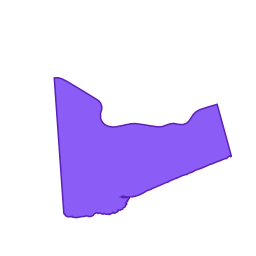 Ulimang, Ngaraard, Palau (Equal Earth projection), rotated 68°
{"feature_id": "81905179B13988178862867", "entity_name": "Ulimang", "entity_type": "district", "adm_level": 2, "iso_a3": "PLW", "parent_name": "Palau", "parent_adm1": "Ngaraard", "projection": "equal_earth", "projection_center": [134.641, 7.614], "detail": "fine", "context": "isolated", "style": "filled", "palette": "violet", "viewbox_px": 256, "rotation_deg": 68, "n_neighbors": 0, "source": "geoboundaries", "source_scale": "gbopen_adm2", "svg_char_len": 3433}
<svg xmlns="http://www.w3.org/2000/svg" viewBox="0 0 256 256"><g transform="rotate(68 128 128)"><path d="M180.0,41.2L139.4,36.5L139.4,36.9L138.3,48.5L137.9,55.2L138.6,59.3L140.0,62.5L141.8,65.0L143.2,67.2L144.2,68.5L145.3,71.0L145.5,73.0L145.5,75.3L144.8,77.2L143.6,79.7L140.8,84.1L140.1,86.4L139.8,89.1L139.5,95.9L139.0,97.6L137.7,100.7L134.8,105.7L130.5,112.7L126.5,119.8L125.1,123.9L124.0,129.9L122.4,138.8L121.4,141.8L120.2,143.8L118.6,146.1L116.7,147.9L114.6,149.0L112.5,149.6L109.4,149.9L107.0,149.1L104.2,148.0L101.1,145.5L98.5,144.3L94.4,144.1L92.0,144.9L89.3,146.7L79.0,154.3L62.2,166.9L57.8,170.7L55.2,174.0L53.9,177.6L183.2,219.5L183.5,219.5L183.7,219.4L183.7,219.1L183.9,218.8L184.1,218.9L184.3,218.8L184.6,218.7L184.9,218.9L185.6,218.9L186.0,218.6L186.3,218.4L186.6,218.2L186.9,217.9L187.2,217.7L187.5,217.4L187.7,217.2L187.9,216.8L188.1,216.4L188.2,216.0L188.3,215.5L188.4,214.9L188.7,214.7L188.9,214.2L189.0,213.2L189.2,213.3L189.5,213.1L189.8,212.8L190.2,212.2L190.6,211.5L191.0,210.7L191.4,210.1L191.8,209.4L191.9,208.9L192.0,208.5L192.0,208.0L192.1,207.8L192.1,207.5L192.1,206.8L192.3,206.6L192.4,205.8L192.6,205.4L192.7,204.8L192.8,204.3L192.9,203.8L193.2,203.2L193.3,202.7L193.5,202.3L193.5,201.9L193.6,201.4L193.7,200.9L193.8,200.4L193.7,199.9L193.8,199.6L194.0,199.2L194.4,198.9L194.5,198.5L194.7,198.1L194.9,198.0L195.3,197.7L195.5,197.2L195.8,196.7L196.0,196.0L196.1,195.0L196.1,194.4L196.0,193.4L195.8,193.0L195.9,192.8L195.7,192.6L195.5,192.2L195.3,192.1L195.1,191.8L195.0,191.3L194.9,190.3L194.9,189.8L194.8,189.5L194.7,188.9L194.9,188.8L195.1,188.3L195.4,188.2L195.7,187.8L195.9,187.8L195.8,187.6L195.9,187.2L196.0,186.3L197.2,185.2L197.7,184.2L198.2,183.7L198.4,183.7L198.4,182.4L198.6,182.4L198.6,181.8L198.9,181.6L199.6,180.9L200.0,180.1L200.2,179.3L200.3,178.6L200.8,178.0L201.0,178.1L201.3,177.6L201.3,177.1L201.1,176.6L201.1,175.8L201.1,175.0L201.0,174.4L200.8,174.0L200.5,173.7L200.9,173.2L201.1,173.3L201.6,173.1L201.8,172.6L202.1,171.9L202.0,171.4L201.9,170.8L201.6,170.5L201.8,169.6L201.7,168.8L201.4,168.4L201.0,168.0L200.4,168.1L200.3,167.6L200.6,167.3L201.3,165.6L201.2,165.0L201.2,164.2L201.0,163.1L200.1,162.2L200.1,160.6L199.9,160.1L199.3,159.9L199.1,159.4L198.7,159.1L198.4,157.9L197.4,157.6L197.4,158.2L196.6,158.1L196.2,157.4L196.1,156.5L195.8,155.8L194.9,155.9L194.6,154.5L194.2,154.4L193.5,152.9L192.7,152.9L192.1,155.0L191.9,155.9L191.3,157.0L190.4,159.4L189.6,159.3L189.3,159.9L189.2,158.4L190.3,156.6L191.5,154.6L192.3,152.8L192.5,151.8L193.3,150.3L193.6,149.3L193.7,148.2L194.0,147.2L194.1,146.4L194.1,145.4L194.2,143.5L194.3,141.8L194.1,140.3L194.0,138.8L193.8,137.5L193.6,136.0L193.3,134.7L193.2,133.7L193.4,132.0L193.4,129.7L193.2,128.1L193.2,125.5L193.1,123.9L193.1,122.0L193.1,119.7L193.0,117.4L193.0,115.8L192.8,114.2L192.9,112.6L193.0,111.9L193.1,110.6L192.7,109.6L192.7,108.3L192.7,105.7L192.6,103.9L192.8,101.7L192.7,100.2L192.6,98.7L192.6,97.0L192.5,95.4L192.6,93.8L192.8,92.1L193.1,91.2L193.1,90.4L192.8,89.5L192.7,88.4L192.9,86.8L192.9,84.7L192.7,83.3L192.5,81.0L192.5,79.5L192.6,77.9L192.8,75.2L192.7,72.2L192.6,69.0L192.5,66.2L192.7,63.3L192.7,61.7L192.6,58.4L192.8,55.6L192.8,53.7L192.7,51.6L192.8,49.5L192.8,49.0L193.1,48.5L193.1,47.8L192.8,47.3L192.6,46.7L192.3,45.8L192.2,45.2L192.2,44.7L192.2,44.1L192.1,43.7L192.2,43.2L192.5,43.2L192.6,43.4L192.8,43.6L193.1,43.5L193.0,43.0L192.8,42.7L180.0,41.2Z" fill="#8b5cf6" stroke="#5b21b6" stroke-width="1.5"/></g></svg>